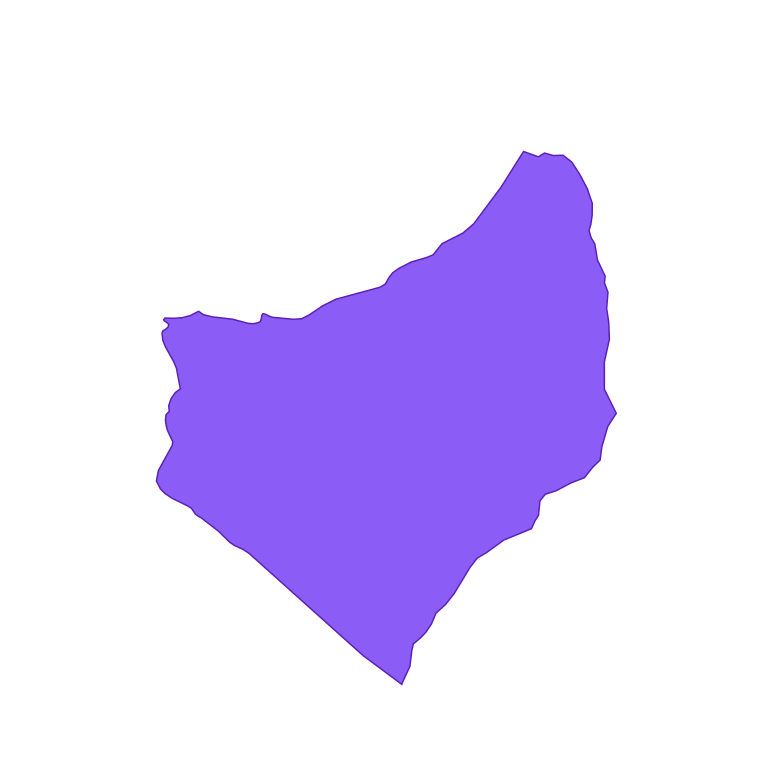 SVG path tracing the border of Tanger - Tétouan, rotated 290°
{"feature_id": "MAR-1445", "entity_name": "Tanger - Tétouan", "entity_type": "Region", "adm_level": 1, "iso_a3": "MAR", "parent_name": "Morocco", "parent_adm1": "", "projection": "albers", "projection_center": [-5.386, 35.321], "detail": "fine", "context": "isolated", "style": "filled", "palette": "violet", "viewbox_px": 768, "rotation_deg": 290, "n_neighbors": 0, "source": "natural_earth", "source_scale": "10m", "svg_char_len": 1719}
<svg xmlns="http://www.w3.org/2000/svg" viewBox="0 0 768 768"><g transform="rotate(290 384 384)"><path d="M371.1,155.7L373.9,164.2L377.4,171.9L382.1,178.6L388.9,184.9L388.9,185.0L387.4,190.4L388.4,199.9L393.1,219.5L394.5,235.4L395.7,239.9L397.6,243.4L400.0,246.2L401.8,246.5L407.0,245.7L408.6,246.1L409.0,248.3L408.4,254.1L408.6,256.5L413.8,276.6L417.1,284.2L423.5,290.2L436.5,299.6L447.4,310.0L473.6,347.2L478.3,351.0L485.9,352.3L491.5,354.1L497.6,358.3L508.0,367.9L516.8,380.0L522.1,385.9L535.8,390.6L552.7,406.4L565.1,413.5L609.1,426.7L650.2,435.6L650.2,437.9L650.3,451.4L655.9,455.8L656.6,465.0L660.2,474.0L656.8,484.5L647.8,496.4L637.0,508.3L624.9,518.0L613.8,521.9L604.5,523.8L598.3,524.2L592.2,528.7L587.7,534.2L573.6,542.1L561.0,554.9L554.4,556.6L546.8,563.1L531.1,567.4L519.0,574.0L503.2,580.5L480.2,583.5L454.4,592.9L435.9,612.3L420.7,608.8L399.5,610.2L386.4,613.1L377.0,608.5L364.5,604.4L355.2,593.7L342.5,582.2L335.6,573.3L327.6,570.5L313.3,574.1L307.1,572.7L298.4,572.0L278.4,550.0L260.7,538.0L252.4,531.2L241.3,527.6L211.0,521.6L198.0,517.3L186.4,511.2L175.0,510.7L165.8,508.5L158.4,505.4L149.9,500.5L143.5,501.2L127.7,504.9L109.3,503.4L107.8,503.5L121.7,457.1L178.7,315.1L180.4,307.9L181.1,298.7L182.5,293.3L189.2,278.4L195.7,258.0L196.2,254.8L197.2,251.3L201.3,245.6L202.2,241.8L204.1,224.1L206.3,215.3L209.1,209.6L215.0,203.3L225.6,201.6L253.8,206.0L257.5,205.3L265.8,196.9L269.7,194.0L275.2,191.0L280.8,189.7L284.7,191.6L290.0,189.1L297.3,188.9L304.6,190.8L309.8,194.3L327.9,183.5L333.0,178.8L344.0,166.1L349.7,161.0L356.1,158.0L358.5,158.1L359.9,159.5L363.6,161.6L366.4,161.4L367.6,158.5L368.3,155.6L369.1,154.9L371.0,155.7L371.1,155.7Z" fill="#8b5cf6" stroke="#5b21b6" stroke-width="1.5"/></g></svg>